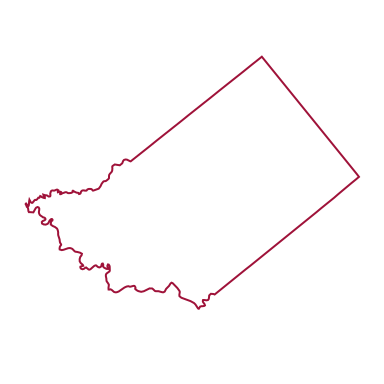 the State of Indiana, rotated 51°
{"feature_id": "USA-3547", "entity_name": "Indiana", "entity_type": "State", "adm_level": 1, "iso_a3": "USA", "parent_name": "United States of America", "parent_adm1": "", "projection": "robinson", "projection_center": [-86.788, 39.771], "detail": "fine", "context": "isolated", "style": "outline", "palette": "rose", "viewbox_px": 384, "rotation_deg": 51, "n_neighbors": 0, "source": "natural_earth", "source_scale": "10m", "svg_char_len": 5226}
<svg xmlns="http://www.w3.org/2000/svg" viewBox="0 0 384 384"><g transform="rotate(51 192 192)"><path d="M285.4,56.9L285.4,62.5L285.5,68.1L285.6,74.3L285.7,79.9L285.9,85.1L285.9,90.8L285.9,96.4L285.9,102.1L286.0,107.8L286.0,113.5L286.0,119.1L286.0,124.8L286.0,130.5L286.0,136.2L286.0,141.9L286.0,147.5L286.0,153.2L286.0,158.9L286.0,164.6L286.0,170.2L286.0,175.9L286.0,181.6L286.0,187.4L286.0,193.1L285.9,198.8L285.9,204.5L285.9,210.3L285.9,216.0L285.9,221.7L285.9,227.4L285.9,233.2L285.9,238.9L284.8,239.5L283.0,241.4L283.2,243.7L284.8,245.3L285.7,246.3L286.0,247.5L285.4,248.8L283.4,250.7L282.9,251.4L283.6,252.3L284.5,252.7L287.0,252.8L288.3,253.3L288.2,254.3L287.5,255.5L286.7,256.5L286.2,257.8L287.0,260.2L286.3,260.6L281.6,260.1L279.6,260.3L275.9,261.8L267.5,266.8L265.1,267.3L264.0,266.6L262.0,264.4L261.0,264.0L257.3,263.8L250.7,264.4L249.6,265.0L249.6,266.3L250.1,267.8L250.5,268.8L251.0,273.1L252.2,275.8L252.0,277.2L251.2,278.2L248.1,280.4L247.3,281.3L246.4,282.5L245.5,283.1L243.0,283.4L241.9,283.7L240.2,285.7L238.8,291.9L237.6,294.3L235.5,295.9L234.4,296.5L232.2,297.1L231.5,297.1L231.2,296.5L230.9,296.2L230.2,295.9L229.4,295.8L228.8,295.8L228.1,296.6L226.8,299.5L226.2,300.1L225.3,300.6L224.5,301.9L224.0,303.4L223.7,304.9L223.2,311.6L222.6,313.4L222.2,314.1L221.8,314.6L221.2,315.1L220.6,315.5L217.7,316.0L216.4,316.5L215.8,317.7L215.3,318.2L214.0,317.3L211.8,315.0L210.5,314.7L207.6,314.5L206.4,313.8L205.5,313.1L203.2,311.9L202.3,311.2L201.7,310.2L201.6,309.1L201.8,306.1L201.3,305.3L198.3,303.0L197.2,302.5L196.0,302.4L195.4,302.9L196.1,304.2L197.2,304.9L198.4,305.2L198.9,305.7L197.9,306.9L195.5,307.9L194.1,308.0L193.4,307.8L193.1,307.1L192.8,306.8L192.1,306.5L191.4,306.4L191.1,307.1L191.4,307.8L192.4,309.0L192.7,309.7L192.5,311.2L191.5,312.1L190.2,312.5L188.9,312.6L188.2,313.3L187.9,314.7L188.1,319.4L187.9,320.4L187.2,321.1L184.0,321.8L183.7,322.8L183.7,324.2L183.2,325.6L182.0,326.4L180.6,326.4L179.8,325.7L180.2,324.5L180.9,323.0L179.8,322.7L177.2,323.2L175.2,322.9L173.4,321.5L172.1,319.6L171.7,317.7L170.7,316.4L168.7,317.2L166.4,318.9L165.1,320.1L164.3,320.5L160.9,320.8L159.9,321.3L159.1,321.8L158.4,322.6L157.7,323.7L156.1,328.1L155.2,329.8L153.4,331.0L152.7,330.6L152.2,330.1L151.3,329.0L151.1,328.3L150.9,327.5L150.7,326.9L150.0,326.6L148.9,326.5L148.1,326.3L147.5,326.0L145.4,324.7L141.5,323.2L140.4,322.5L139.4,321.6L138.1,320.8L136.7,320.2L135.5,319.9L133.0,320.5L130.6,321.7L128.4,322.2L126.4,320.3L126.2,319.7L126.3,318.5L125.9,317.9L125.5,317.8L125.0,317.8L124.5,318.3L124.4,319.2L124.6,320.7L125.6,322.8L125.9,324.2L125.3,326.2L123.8,327.7L122.1,328.4L120.8,327.6L120.6,326.5L121.2,324.2L121.1,323.2L120.4,322.7L119.4,322.7L118.5,323.2L118.0,323.7L117.4,323.8L115.1,324.5L114.0,324.7L112.7,324.4L111.6,323.9L110.7,323.1L109.8,322.0L108.7,321.1L107.5,320.9L106.5,321.5L106.1,323.0L106.3,323.9L108.0,328.1L105.3,331.0L105.0,331.4L104.0,331.2L101.9,329.9L100.9,329.5L99.6,329.7L98.2,329.2L97.1,329.0L96.7,328.9L96.5,328.6L96.5,328.2L98.4,328.2L99.3,328.1L99.9,327.8L99.5,327.0L96.7,324.4L95.7,323.2L98.3,323.7L98.9,323.7L99.8,323.2L100.0,322.7L99.8,322.1L99.7,321.1L99.3,319.7L99.4,318.8L99.9,318.4L100.2,317.9L100.2,316.9L99.9,315.7L99.7,315.0L100.4,314.2L99.6,312.5L100.3,312.1L101.3,312.0L102.3,311.5L103.3,310.9L104.1,310.2L103.3,309.5L101.5,309.7L100.5,309.2L101.9,308.3L103.1,307.1L103.7,306.7L105.0,306.4L105.5,306.1L106.1,304.9L105.4,304.0L104.3,303.4L103.7,302.8L103.5,302.3L103.1,301.9L102.7,301.3L102.6,300.6L102.8,299.7L103.2,299.2L103.7,298.8L104.2,298.2L104.6,297.1L104.9,295.9L105.5,295.1L106.6,294.8L106.7,295.2L107.2,296.1L107.8,296.4L108.3,295.1L108.7,294.5L109.1,294.0L109.6,293.8L109.8,294.1L109.9,294.8L110.2,295.5L110.7,295.8L111.1,295.4L111.3,294.6L111.4,293.7L111.5,293.1L111.9,292.3L112.4,290.7L112.9,290.0L113.4,289.6L114.5,289.2L114.9,289.0L115.8,287.9L116.7,286.4L117.0,285.0L116.1,284.2L116.1,283.7L117.9,283.1L119.7,282.2L120.2,281.8L120.9,281.1L121.3,280.8L121.8,280.7L122.2,281.1L122.5,281.1L122.9,280.3L122.9,279.5L121.9,278.0L121.7,276.9L122.0,275.9L122.6,275.1L123.3,274.5L124.1,274.1L123.7,274.1L123.9,273.9L124.1,273.7L124.3,273.4L124.5,273.1L124.2,271.6L124.7,270.2L125.6,269.1L126.5,268.3L127.1,268.2L127.9,268.2L128.6,268.1L128.9,267.5L130.7,262.4L130.0,259.6L128.7,256.9L128.1,254.3L128.3,253.5L129.1,252.4L129.3,251.6L129.3,248.7L129.0,247.8L127.3,246.4L126.6,245.6L126.2,244.4L125.8,241.8L125.2,240.6L123.4,238.9L122.6,238.4L122.1,238.0L121.8,237.4L122.0,234.7L125.8,231.3L125.8,228.2L124.5,225.9L124.3,224.6L124.9,223.2L125.9,222.2L129.4,220.6L129.6,220.3L129.6,217.6L129.7,207.4L129.8,197.2L129.8,187.0L129.9,176.9L130.0,166.7L130.1,156.6L130.1,146.5L130.2,136.4L130.3,126.3L130.4,116.2L130.4,106.1L130.5,96.0L130.6,85.8L130.7,75.7L130.7,65.6L130.8,55.5L130.8,52.6L138.7,52.6L144.6,52.6L147.5,52.6L147.9,52.6L148.6,52.6L149.0,52.6L153.4,52.6L157.8,52.6L162.2,52.6L166.7,52.6L171.1,52.6L175.5,52.6L179.9,52.6L184.3,52.6L188.7,52.6L193.2,52.6L197.6,52.6L202.0,52.6L206.4,52.6L210.8,52.6L215.2,52.6L219.6,52.6L224.1,52.6L228.5,52.6L232.9,52.6L237.3,52.6L241.7,52.6L246.1,52.6L250.6,52.6L255.0,52.6L259.4,52.6L263.8,52.6L268.2,52.6L272.6,52.6L277.0,52.6L281.5,52.6L285.3,52.7L285.4,56.9Z" fill="none" stroke="#9f1239" stroke-width="2"/></g></svg>